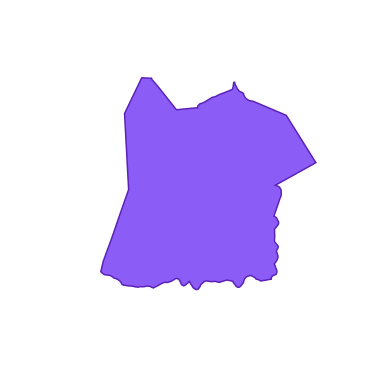 San Juan Bautista Tlacoatzintepec, Oaxaca, Mexico, rotated 47°
{"feature_id": "50627088B3977651749466", "entity_name": "San Juan Bautista Tlacoatzintepec", "entity_type": "district", "adm_level": 2, "iso_a3": "MEX", "parent_name": "Mexico", "parent_adm1": "Oaxaca", "projection": "natural_earth1", "projection_center": [-96.578, 17.87], "detail": "fine", "context": "isolated", "style": "filled", "palette": "violet", "viewbox_px": 384, "rotation_deg": 47, "n_neighbors": 0, "source": "geoboundaries", "source_scale": "gbopen_adm2", "svg_char_len": 2919}
<svg xmlns="http://www.w3.org/2000/svg" viewBox="0 0 384 384"><g transform="rotate(47 192 192)"><path d="M235.9,285.6L236.1,284.4L236.7,282.7L237.3,280.4L237.6,279.1L238.0,277.5L238.7,275.2L239.1,274.0L241.7,271.3L242.4,269.6L243.0,268.3L243.5,266.6L243.9,264.1L244.6,262.3L246.8,261.1L248.1,261.4L249.8,261.8L252.2,262.8L254.9,262.2L255.5,260.7L255.7,257.3L255.5,255.1L256.4,255.2L260.3,255.9L262.4,256.4L264.1,256.3L266.4,255.4L267.2,253.7L266.9,251.6L266.6,250.4L265.8,249.1L265.8,247.0L265.7,245.9L266.3,242.6L270.9,238.9L273.0,236.1L275.7,234.4L276.8,233.6L277.6,231.8L278.1,230.6L278.7,229.5L279.6,227.6L280.7,226.0L281.6,225.5L283.3,224.2L285.1,223.2L287.4,223.7L289.5,223.7L290.6,224.0L291.8,223.9L292.7,223.6L294.0,222.1L294.0,220.3L293.8,219.2L293.6,217.2L293.1,215.8L292.0,214.1L291.4,212.6L291.1,211.1L291.3,209.5L292.1,207.9L292.7,206.4L293.8,205.6L296.0,204.9L297.3,204.4L298.7,204.3L299.6,204.5L301.4,203.2L302.7,202.8L303.8,202.6L304.8,201.2L305.3,200.3L306.3,198.9L307.1,197.7L308.0,196.2L308.7,195.0L309.8,193.5L308.6,192.1L308.5,191.4L308.3,190.1L308.6,189.0L309.0,188.2L309.6,186.8L308.9,185.3L308.3,184.3L306.9,183.3L305.5,182.7L304.4,182.5L303.0,181.6L301.8,181.3L300.7,180.8L300.5,179.3L300.0,177.0L299.2,175.0L298.2,173.4L297.1,172.6L292.8,170.5L292.2,169.7L291.9,168.1L291.2,166.7L290.3,165.9L287.1,165.7L285.1,165.6L284.2,165.1L282.8,163.9L281.4,162.3L280.3,161.2L279.4,160.6L278.5,159.7L275.8,157.3L275.3,156.0L275.2,154.8L275.0,153.7L274.8,152.3L274.5,150.9L273.7,149.7L272.6,148.9L271.6,148.8L270.0,148.3L269.1,147.9L267.8,147.9L266.6,148.2L265.5,148.5L259.6,137.4L256.7,132.1L256.1,130.6L255.7,129.7L254.5,128.3L252.0,126.0L251.0,125.3L249.9,125.1L248.2,124.7L246.2,125.3L244.9,125.8L243.9,126.4L255.0,81.4L200.2,70.8L168.0,85.1L166.8,85.7L165.7,86.8L164.1,87.8L162.6,88.3L159.8,88.8L157.8,88.4L156.7,88.1L155.6,87.4L154.7,87.2L153.4,87.4L152.2,88.1L150.4,88.7L148.4,88.5L147.3,88.5L145.5,87.7L144.5,87.6L143.3,87.2L142.3,86.9L140.8,86.0L140.3,86.8L141.6,88.3L143.4,90.6L144.3,92.0L144.3,93.1L143.6,94.9L142.9,96.8L142.1,98.7L141.1,101.5L140.1,103.6L138.9,107.0L138.3,109.4L137.7,110.9L137.0,111.7L136.3,113.6L136.1,115.4L135.8,116.4L135.5,117.9L135.2,119.4L135.0,120.7L134.7,121.8L134.2,123.0L134.0,124.3L133.1,125.4L132.9,126.3L133.0,129.0L134.1,130.5L121.2,147.3L91.1,144.9L82.3,144.6L81.2,144.0L74.2,150.9L88.6,187.8L147.0,236.7L160.1,261.7L170.6,281.4L182.0,303.9L188.1,313.1L189.6,312.9L191.8,312.7L192.8,312.3L193.9,311.5L194.9,310.7L195.9,309.8L197.2,308.8L198.6,308.4L199.9,307.9L201.1,308.0L202.4,307.4L203.5,306.6L204.6,306.3L205.5,305.7L206.6,305.8L208.0,305.5L209.3,305.4L210.8,306.0L212.1,306.2L213.4,305.6L214.6,304.6L215.7,303.8L216.6,303.1L218.1,301.9L218.7,301.2L219.8,300.1L222.5,298.3L223.9,297.1L225.1,296.0L225.6,294.9L226.5,293.9L228.2,292.1L229.0,291.0L230.1,289.1L232.2,287.2L234.4,286.4L235.9,285.6Z" fill="#8b5cf6" stroke="#5b21b6" stroke-width="1.5"/></g></svg>